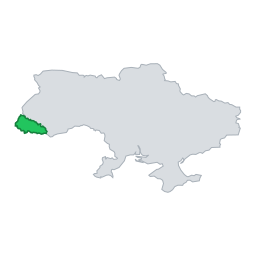 Ukraine, with Transcarpathia highlighted
{"feature_id": "UKR-293", "entity_name": "Transcarpathia", "entity_type": "Region", "adm_level": 1, "iso_a3": "UKR", "parent_name": "Ukraine", "parent_adm1": "", "projection": "equal_earth", "projection_center": [23.378, 48.491], "detail": "fine", "context": "in_parent", "style": "filled", "palette": "green", "viewbox_px": 256, "rotation_deg": 0, "n_neighbors": 0, "source": "natural_earth", "source_scale": "10m", "svg_char_len": 6438}
<svg xmlns="http://www.w3.org/2000/svg" viewBox="0 0 256 256"><path d="M180.9,170.2L184.3,174.5L187.0,176.6L188.3,176.7L191.7,175.2L194.1,175.7L196.0,174.4L201.3,175.4L199.9,178.1L199.3,180.8L192.6,181.9L190.0,180.2L187.4,180.3L186.1,182.3L183.5,183.7L182.7,185.3L177.9,185.2L174.8,186.6L172.6,189.7L170.0,191.6L167.9,192.3L164.6,191.5L161.8,189.4L163.5,183.5L162.6,180.3L160.4,178.8L157.8,178.7L154.2,176.1L150.2,176.5L148.8,175.2L156.7,169.4L158.4,169.2L163.2,166.1L162.2,163.7L160.1,164.3L157.1,162.3L147.8,163.9L142.0,160.9L139.4,160.6L138.7,159.9L141.4,159.2L141.5,158.1L137.7,157.4L135.6,156.1L146.0,157.4L148.7,155.1L145.9,155.9L142.9,155.4L141.8,154.6L140.4,152.3L140.2,149.0L138.8,146.2L137.7,145.3L139.9,150.0L139.6,154.5L135.3,154.3L135.6,152.4L133.6,154.9L130.2,154.9L125.9,156.1L124.4,160.8L119.0,167.5L114.0,169.7L112.2,169.3L111.5,169.9L111.2,171.9L112.1,172.9L113.0,176.2L112.8,177.6L110.9,175.7L108.8,174.9L106.5,175.2L102.3,177.1L100.8,176.8L101.0,177.7L100.6,178.0L96.6,177.1L94.8,176.1L93.4,174.4L94.6,173.6L97.1,173.3L96.9,170.8L99.9,167.7L99.9,166.3L102.6,164.4L103.3,162.3L102.2,159.3L102.5,157.7L105.4,156.6L105.7,159.0L106.3,158.8L106.9,157.5L110.9,158.7L112.1,157.8L113.8,159.4L116.8,159.0L117.5,158.2L114.8,156.3L114.9,153.3L114.0,151.6L110.0,149.3L109.2,146.6L109.4,144.3L107.4,143.4L104.2,140.7L105.0,136.1L104.7,134.3L103.8,133.0L101.2,133.2L99.3,130.5L96.2,130.0L95.3,130.9L94.8,130.0L93.8,130.1L93.8,129.0L93.1,128.6L90.5,128.3L89.9,127.2L87.1,125.7L83.6,124.7L81.8,125.7L81.0,125.4L79.6,126.4L74.8,126.1L72.0,128.2L68.0,129.1L67.7,130.6L66.3,132.5L57.5,133.9L53.8,135.3L52.6,136.6L50.3,137.0L46.3,133.5L45.1,133.3L41.2,133.9L34.8,132.5L31.5,132.6L28.1,131.0L27.0,132.3L24.7,133.3L24.5,131.9L23.4,130.6L21.0,130.2L20.2,129.1L18.1,128.3L16.9,125.8L15.4,125.9L15.5,123.2L17.5,121.3L20.5,115.1L24.3,115.7L24.4,115.0L22.6,113.5L23.0,111.6L22.0,107.7L22.7,106.6L26.8,101.9L35.2,94.4L38.5,93.9L39.9,92.0L40.0,90.6L38.5,88.0L40.1,87.0L39.9,86.6L38.6,85.5L37.1,82.6L34.6,79.8L34.8,78.4L33.9,76.5L33.9,75.1L36.2,74.7L38.1,75.5L40.3,74.2L43.1,71.1L51.8,70.1L62.3,70.4L72.7,72.6L77.3,72.9L79.2,75.3L83.0,75.2L84.1,75.7L84.2,77.1L86.1,75.4L88.0,75.9L90.1,75.1L95.2,76.1L95.9,77.5L96.9,77.8L98.3,76.2L101.4,74.8L104.5,78.6L107.0,77.8L114.5,77.1L116.4,78.4L116.7,79.5L119.4,80.5L120.4,79.0L119.0,75.3L119.5,73.9L121.5,70.7L124.1,68.3L131.3,67.4L138.1,68.3L140.0,67.3L140.8,64.9L141.7,64.3L146.3,65.2L150.4,63.8L157.5,63.7L159.9,65.2L162.5,69.4L166.2,72.5L166.1,73.4L163.0,74.0L162.9,74.5L164.1,76.0L164.7,78.9L165.2,79.3L164.6,80.6L168.0,80.9L170.8,81.9L175.1,81.4L176.5,83.6L178.4,83.9L178.5,85.4L180.3,88.9L179.9,90.7L180.2,91.8L182.7,94.5L183.7,94.9L186.3,93.4L189.1,93.9L191.6,95.9L194.1,95.9L195.6,97.0L197.3,95.7L205.3,93.8L207.5,95.7L207.9,96.9L209.3,98.6L213.8,101.6L215.0,101.3L215.3,99.9L216.2,99.5L218.8,100.9L221.2,101.1L224.8,103.1L228.0,102.6L229.7,104.4L231.8,104.7L236.0,107.1L239.7,107.1L239.7,109.4L240.6,110.4L240.6,112.3L238.2,115.3L235.7,116.2L236.7,117.7L239.8,118.7L240.0,119.1L237.4,119.4L236.4,120.5L235.9,122.9L238.4,123.6L239.3,126.6L238.9,127.5L240.3,128.1L238.2,134.9L226.7,135.1L224.6,137.9L221.3,138.8L220.3,139.6L219.5,143.5L220.6,144.2L219.8,145.9L220.0,147.2L211.5,147.5L209.1,150.1L205.5,150.8L202.4,153.4L201.0,152.6L199.4,152.6L195.9,154.4L192.7,154.2L190.2,154.9L185.0,158.9L182.7,162.5L180.4,163.5L183.6,160.6L183.6,159.1L182.8,158.0L180.8,160.8L178.2,162.1L178.5,165.5L180.9,170.2ZM143.6,162.7L136.0,161.0L135.2,159.1L136.9,160.7L143.6,162.7Z" fill="#d9dde1" stroke="#a8b0b8" stroke-width="1"/><path d="M15.4,125.9L15.4,124.7L15.5,124.4L15.6,124.2L15.4,123.5L15.5,123.2L15.7,122.9L16.5,122.4L16.7,122.0L16.8,121.9L17.3,121.7L17.6,121.4L17.8,121.1L17.9,120.8L17.9,120.4L17.9,120.2L18.0,120.1L18.2,119.9L18.3,119.7L18.3,119.0L18.3,118.9L18.4,118.6L18.5,118.4L18.8,118.2L19.0,118.0L19.0,117.8L19.0,117.7L19.1,117.4L19.4,116.7L19.6,116.6L20.1,116.5L20.3,116.4L20.3,116.1L20.4,115.8L20.5,115.4L20.6,115.1L20.8,114.9L21.1,115.0L21.5,115.4L21.9,115.6L22.1,115.6L22.4,115.6L22.8,115.6L23.1,115.5L23.3,115.6L23.6,115.9L23.8,116.0L24.0,116.1L24.3,116.3L24.5,116.4L24.7,116.1L24.9,116.2L25.1,116.4L25.1,116.5L25.0,116.8L24.9,116.9L24.9,117.1L25.0,117.3L25.1,117.5L25.4,117.8L25.8,118.1L26.0,118.3L26.1,118.5L26.3,118.6L26.5,118.6L26.8,118.5L27.3,118.4L27.6,118.3L27.8,118.4L27.9,118.5L28.1,118.7L28.3,119.3L28.6,119.6L28.8,119.8L29.0,119.9L29.6,119.9L29.9,119.9L30.0,119.8L30.1,120.1L30.2,120.3L30.3,120.3L30.4,120.2L30.6,120.0L30.7,119.9L30.8,120.0L31.0,120.1L31.0,120.3L31.0,120.5L31.3,120.6L31.7,120.7L31.9,120.7L32.6,120.6L33.0,120.7L33.5,120.8L34.0,121.0L34.8,121.8L35.0,122.0L35.4,122.0L35.6,121.9L35.9,122.0L36.0,122.0L36.2,122.3L36.1,122.5L36.3,122.8L37.0,123.3L37.4,123.4L37.5,123.5L37.8,123.9L37.8,124.0L37.8,124.3L37.7,124.5L37.8,124.6L38.0,124.8L38.3,124.8L38.4,124.7L38.5,124.7L38.9,124.3L39.5,124.2L40.3,123.8L40.5,123.8L40.6,124.0L40.6,124.3L40.6,124.5L40.7,124.8L40.6,125.0L40.6,125.4L40.6,125.5L40.7,126.2L40.7,126.3L40.8,126.4L41.0,126.6L41.5,126.7L41.9,126.7L42.2,126.7L42.3,126.7L42.5,126.5L42.6,126.4L42.7,126.2L42.8,126.1L43.0,126.2L43.1,126.3L43.2,126.5L43.3,126.8L43.4,127.0L43.7,127.0L43.8,127.0L44.0,127.2L44.1,127.3L44.4,127.4L45.2,128.1L45.3,128.2L45.5,128.6L45.8,129.0L45.7,129.3L45.6,129.5L45.5,129.8L45.6,130.0L46.6,131.0L47.0,131.5L46.4,132.5L46.2,133.2L46.2,133.4L45.8,133.3L45.1,133.3L44.4,133.2L44.1,133.2L43.8,133.3L43.3,133.7L42.7,133.7L41.9,134.1L41.6,134.1L40.8,133.8L40.6,133.8L40.1,133.4L39.9,133.3L39.3,133.2L39.1,133.0L38.7,133.0L37.4,133.5L37.1,133.5L37.0,133.2L36.4,132.7L36.2,132.6L35.3,132.7L35.0,132.6L34.5,132.5L33.6,132.4L33.4,132.3L32.9,132.4L32.7,132.5L32.5,132.8L32.4,132.8L32.1,132.9L31.3,132.5L31.2,132.5L30.9,132.6L30.6,132.2L30.0,131.8L29.4,131.3L29.2,131.1L28.3,130.9L28.1,130.8L27.8,130.9L27.5,131.3L27.3,132.0L27.1,132.3L26.5,132.7L26.3,132.7L26.1,132.6L25.9,132.5L25.7,132.4L25.3,132.3L25.2,132.5L25.3,132.9L25.2,133.1L24.7,133.3L24.3,133.0L24.2,132.8L24.4,132.5L24.4,132.3L24.5,132.1L24.5,131.7L24.3,131.4L24.2,131.2L23.8,130.9L23.3,130.7L23.1,130.5L22.9,130.6L22.7,130.7L22.4,130.8L21.5,130.8L21.3,130.8L21.2,130.8L21.0,130.4L20.9,129.9L20.7,129.5L19.8,128.5L19.7,128.5L19.4,128.6L19.2,128.6L18.7,128.5L18.4,128.6L18.2,128.5L17.6,127.7L17.4,127.3L17.4,127.1L17.5,126.9L17.4,126.6L16.9,126.6L16.9,126.4L17.1,125.9L16.7,125.7L16.2,125.6L15.8,125.8L15.7,125.9L15.4,125.9Z" fill="#22c55e" stroke="#15803d" stroke-width="1.5"/></svg>